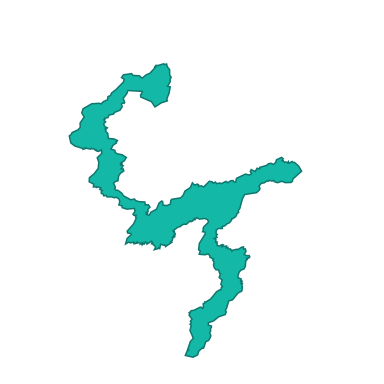 the district of Bolivar, Santander, Colombia, rotated 234°
{"feature_id": "7082276B39966756415454", "entity_name": "Bolivar", "entity_type": "district", "adm_level": 2, "iso_a3": "COL", "parent_name": "Colombia", "parent_adm1": "Santander", "projection": "equal_earth", "projection_center": [-74.199, 6.059], "detail": "fine", "context": "isolated", "style": "filled", "palette": "teal", "viewbox_px": 384, "rotation_deg": 234, "n_neighbors": 0, "source": "geoboundaries", "source_scale": "gbopen_adm2", "svg_char_len": 6094}
<svg xmlns="http://www.w3.org/2000/svg" viewBox="0 0 384 384"><g transform="rotate(234 192 192)"><path d="M173.0,258.6L171.4,255.2L175.3,253.1L174.4,251.2L171.9,250.9L171.7,250.1L172.1,248.3L175.1,245.7L176.9,236.0L174.3,233.2L175.5,231.8L177.0,232.0L178.3,230.2L178.5,226.4L180.7,225.7L181.4,220.8L183.0,219.8L184.2,216.9L186.3,216.8L186.5,214.2L188.3,214.4L190.5,212.3L189.2,204.5L191.5,203.2L192.8,200.5L194.1,201.6L195.2,201.0L196.2,198.1L199.2,197.7L196.6,193.2L196.9,186.8L194.6,183.1L193.9,179.4L198.0,171.4L197.7,169.9L194.9,167.4L195.8,163.7L198.3,160.9L201.7,162.7L202.6,162.0L202.4,158.8L199.0,153.3L199.8,146.7L198.4,143.9L199.7,142.4L200.8,142.0L200.9,143.3L202.2,142.7L201.9,145.0L203.9,146.0L204.5,149.1L207.3,149.2L209.1,146.6L211.6,148.0L215.5,143.3L218.2,141.3L220.1,141.4L221.7,137.9L229.3,134.3L232.5,134.5L237.0,133.0L238.3,131.4L240.2,131.5L240.9,132.9L245.1,133.6L245.5,136.1L244.6,138.7L248.3,142.3L249.2,145.2L249.1,149.2L251.1,149.9L252.4,148.3L253.8,151.7L254.8,151.0L255.8,151.8L255.6,150.3L256.2,150.1L256.4,151.1L257.3,151.2L257.0,155.5L258.5,159.2L263.3,157.3L267.0,153.8L269.1,153.2L271.1,154.1L274.4,151.6L276.3,155.9L276.1,159.4L277.2,159.9L277.3,160.7L276.7,160.1L277.5,161.9L280.9,160.0L284.5,155.8L288.9,158.3L291.7,157.8L293.1,159.2L294.0,158.7L294.3,159.8L293.2,161.7L295.7,160.0L297.4,160.0L299.3,160.9L299.4,163.3L302.2,163.1L302.0,164.3L303.0,164.7L301.6,167.7L303.0,170.1L301.2,174.2L301.9,176.3L300.5,181.8L302.0,185.6L304.8,186.7L304.4,188.8L303.7,189.2L304.0,190.1L308.2,191.4L309.9,197.1L311.8,199.8L302.9,210.6L302.1,210.7L300.6,207.3L298.9,206.4L288.9,212.3L282.6,212.0L282.2,219.5L280.2,225.6L282.2,226.4L285.3,231.4L289.8,236.2L291.9,234.4L294.0,239.2L296.1,240.5L297.1,242.6L299.6,242.6L304.1,245.8L307.8,245.6L310.5,246.7L311.3,244.6L312.4,244.5L314.3,238.9L315.6,237.4L315.1,235.5L314.5,236.0L312.8,227.7L313.7,224.0L313.4,218.6L317.0,217.7L321.0,212.8L323.3,212.7L327.1,205.4L326.0,202.2L323.2,203.4L321.4,201.5L319.5,190.8L319.4,185.2L317.9,182.7L318.6,180.1L316.3,177.9L317.2,173.3L316.7,170.2L318.3,169.1L322.3,162.8L323.4,152.9L320.8,149.3L316.1,148.9L313.6,142.0L310.0,139.6L309.3,136.2L310.6,129.9L309.6,128.4L309.5,125.7L302.9,122.8L298.1,124.2L291.8,129.0L290.5,128.9L290.6,131.1L289.9,130.8L289.5,132.4L286.5,134.8L286.5,136.4L285.5,136.5L284.5,138.3L282.5,138.3L282.4,139.2L281.2,139.0L279.8,140.2L279.2,143.4L276.3,141.7L275.4,135.4L271.2,134.3L266.3,130.1L264.3,123.7L263.9,117.4L260.7,114.8L256.2,117.1L254.0,115.2L253.6,116.4L251.6,117.5L252.1,118.3L249.0,120.7L248.3,118.9L246.0,120.4L245.7,118.8L244.2,117.8L242.3,118.9L240.8,118.3L239.6,120.6L237.9,120.4L235.3,124.1L233.0,125.7L232.4,127.5L229.7,128.8L226.9,128.1L224.5,125.2L222.0,127.2L220.4,126.3L216.5,129.1L212.5,135.8L209.9,134.5L208.7,131.2L207.4,131.2L206.0,133.1L205.1,131.6L203.6,131.5L200.5,125.9L198.4,116.5L196.7,115.8L194.4,118.1L193.2,117.7L192.6,112.3L189.0,107.7L188.6,111.5L187.0,112.2L185.8,115.3L184.9,114.8L184.3,115.9L184.3,114.1L183.5,116.2L183.8,118.1L182.9,117.5L182.1,119.4L180.8,120.4L180.4,119.7L180.1,121.3L179.6,119.8L179.5,121.9L178.6,121.1L178.9,122.2L178.0,122.6L178.9,124.9L177.6,124.9L177.0,125.9L176.3,125.2L176.0,130.3L174.8,130.3L174.0,129.0L173.6,130.1L173.1,129.5L169.7,130.3L168.5,129.7L167.5,127.6L166.1,131.2L166.5,132.2L165.2,132.6L168.2,135.9L165.8,137.6L165.7,138.5L164.7,138.4L164.0,139.5L163.4,138.9L163.2,146.0L164.3,145.4L164.3,147.4L166.0,149.4L166.0,151.2L166.8,150.3L166.7,151.4L167.5,151.5L167.8,152.3L167.1,152.6L167.9,153.9L170.0,154.0L170.3,153.1L170.3,154.0L171.2,153.8L170.8,154.6L171.8,154.7L171.8,160.4L170.8,162.4L171.3,163.3L170.7,166.6L169.2,168.4L169.7,173.3L168.6,173.7L168.1,175.8L168.8,176.4L168.1,177.7L168.9,178.4L167.9,178.6L168.6,180.7L165.7,182.1L163.1,186.7L160.8,188.2L159.0,188.2L157.8,187.2L156.9,181.2L155.9,179.4L154.7,179.1L153.7,177.2L151.9,178.9L150.4,178.2L146.1,167.7L141.4,163.4L139.5,164.0L137.4,161.2L133.6,165.6L132.5,168.7L130.1,169.0L128.5,168.1L125.3,170.1L124.8,168.7L122.3,168.7L120.4,166.5L117.9,165.6L115.2,165.6L113.3,167.7L109.9,166.5L109.1,167.0L106.9,163.7L103.3,164.7L100.2,161.0L97.5,161.0L97.6,159.8L95.8,157.8L96.5,157.1L96.9,153.3L94.5,144.3L94.9,138.4L95.6,137.6L94.7,136.7L95.0,135.4L91.8,133.3L91.6,132.1L93.6,131.6L94.1,130.6L95.1,124.2L96.4,121.8L96.0,118.7L95.3,119.2L94.0,117.2L89.1,117.3L88.4,114.7L86.8,114.8L86.1,112.6L84.7,113.1L81.2,109.0L72.9,107.1L72.0,102.8L66.9,95.6L66.2,96.1L66.3,94.8L63.7,90.5L57.7,95.8L56.9,100.7L59.3,104.1L59.7,108.1L59.0,109.1L59.7,109.6L59.2,110.1L62.8,115.2L62.1,118.1L63.7,121.5L64.7,122.8L68.0,123.7L68.5,125.3L70.7,126.7L71.0,128.1L72.2,129.0L74.6,127.0L76.6,128.3L75.0,133.8L75.4,140.1L73.3,147.0L74.9,149.2L76.9,149.6L77.4,151.3L82.3,157.8L80.9,161.4L83.2,169.7L82.6,174.1L85.7,177.1L87.4,177.4L88.2,178.9L89.2,178.0L89.8,179.7L91.0,178.8L91.3,180.2L92.1,179.7L92.8,180.6L95.6,178.9L97.1,179.8L99.5,183.1L100.0,185.6L99.2,188.9L100.6,191.6L104.4,194.7L105.0,197.0L106.2,197.1L105.2,199.0L105.5,200.6L106.9,200.9L108.6,198.5L110.8,197.6L112.2,200.8L114.7,201.7L115.4,200.1L117.3,201.4L118.2,199.6L118.4,195.2L119.2,194.9L121.1,190.3L120.7,189.5L123.3,189.7L124.7,187.8L126.1,188.5L126.7,186.9L128.0,188.2L130.2,184.1L130.9,186.2L131.7,185.6L132.3,182.2L133.8,180.9L136.9,182.9L137.5,181.6L139.6,183.5L141.3,182.6L140.6,185.6L142.2,185.6L142.8,187.5L144.0,186.9L146.9,189.2L147.0,191.9L144.6,195.1L146.2,195.9L145.3,199.1L145.7,201.8L145.1,204.2L145.9,207.3L147.0,208.4L146.4,209.5L146.4,213.0L148.1,216.0L148.0,217.7L149.8,218.5L150.5,220.9L156.8,228.7L159.0,233.1L153.5,243.9L154.0,247.7L154.9,249.1L157.4,249.7L158.3,253.1L157.0,255.8L156.9,258.9L155.8,260.2L156.1,261.3L153.8,263.2L153.4,264.9L152.0,264.6L149.2,266.7L147.9,271.0L144.8,272.9L141.5,277.7L141.7,279.6L143.2,281.2L144.4,292.9L150.5,293.5L155.8,292.3L156.4,291.1L157.9,290.9L158.2,287.4L160.0,287.9L159.4,286.4L160.9,285.9L161.5,284.3L163.7,284.2L164.4,283.2L165.4,285.4L167.4,284.7L168.4,279.3L166.8,277.1L166.4,274.0L168.6,273.0L169.9,270.6L169.7,267.8L172.1,261.4L170.9,260.3L173.0,258.6Z" fill="#14b8a6" stroke="#0f766e" stroke-width="1.5"/></g></svg>